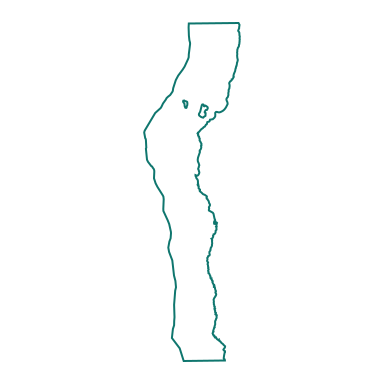 the district of Lago Niassa, Niassa, Mozambique
{"feature_id": "85939544B11916103118899", "entity_name": "Lago Niassa", "entity_type": "district", "adm_level": 2, "iso_a3": "MOZ", "parent_name": "Mozambique", "parent_adm1": "Niassa", "projection": "robinson", "projection_center": [34.718, -12.529], "detail": "fine", "context": "isolated", "style": "outline", "palette": "teal", "viewbox_px": 384, "rotation_deg": 0, "n_neighbors": 0, "source": "geoboundaries", "source_scale": "gbopen_adm2", "svg_char_len": 6032}
<svg xmlns="http://www.w3.org/2000/svg" viewBox="0 0 384 384"><path d="M215.6,292.7L215.4,292.4L215.5,291.9L215.9,291.6L215.8,290.6L215.4,290.1L215.0,288.5L215.0,287.9L214.6,287.2L214.6,286.8L214.2,286.6L213.9,286.7L213.9,285.9L214.3,285.9L214.4,285.4L214.2,284.9L213.5,284.6L213.3,283.9L212.7,282.9L212.4,282.1L212.7,281.7L212.7,281.1L212.0,280.5L212.1,280.2L211.6,279.4L211.5,278.5L211.0,278.7L210.4,277.9L210.5,276.5L210.4,276.1L210.0,275.8L209.7,274.6L209.2,273.6L208.5,273.3L208.4,272.8L208.6,272.0L208.2,271.2L208.1,270.5L208.5,269.9L208.6,269.4L208.2,268.6L208.1,268.1L208.4,267.8L208.2,267.2L208.2,266.6L208.0,266.3L208.0,265.2L207.6,264.4L207.7,263.6L208.1,262.5L207.9,262.1L207.3,261.5L207.1,260.6L207.4,259.8L207.5,259.0L207.3,258.5L207.3,257.8L208.0,256.9L208.1,256.2L209.4,255.5L209.7,254.9L209.7,254.4L209.4,253.4L209.4,251.9L210.4,250.5L210.4,249.4L210.6,249.2L210.7,248.1L211.7,246.4L212.0,245.3L211.9,244.7L212.2,243.7L212.0,240.8L212.2,240.1L211.8,239.5L212.0,238.9L211.8,238.7L212.2,238.6L213.2,236.7L213.2,236.4L213.0,235.7L213.5,234.9L213.6,234.3L214.4,234.2L215.2,233.2L215.6,232.1L215.6,230.8L216.5,229.7L216.4,227.5L216.2,227.0L216.5,227.0L216.7,226.6L216.3,224.9L216.6,224.5L216.6,224.0L217.0,222.9L216.4,222.3L215.7,222.2L215.5,222.6L215.4,223.7L215.2,223.8L214.9,223.7L214.9,223.9L214.3,223.9L214.0,223.0L214.1,222.3L214.4,222.5L214.6,222.3L214.4,221.2L214.6,221.0L215.1,220.9L215.2,220.3L214.9,219.3L214.6,219.0L213.5,213.8L212.8,212.7L208.9,210.5L208.9,209.3L209.2,208.4L208.9,207.2L209.9,205.5L210.0,204.9L209.7,203.9L209.3,203.5L208.6,201.0L207.6,199.6L207.6,199.3L206.7,198.6L206.5,197.7L206.8,197.3L206.9,196.6L206.7,196.2L204.7,194.8L203.1,194.2L201.5,192.6L199.8,191.2L199.6,190.0L199.6,189.8L200.0,189.9L200.0,189.6L198.6,188.2L198.7,186.5L198.3,186.1L197.6,184.8L197.9,183.8L197.9,184.4L198.3,184.7L197.9,182.7L198.0,182.2L197.8,180.3L197.4,179.4L196.4,178.2L196.0,176.7L195.5,175.9L195.5,175.1L196.9,175.7L197.3,175.7L198.0,175.3L198.7,174.4L199.3,172.8L199.3,172.1L198.9,171.2L198.8,170.4L198.2,169.1L198.2,168.5L198.8,167.2L198.8,166.6L199.3,165.2L198.6,163.0L197.9,161.5L197.7,159.8L198.0,157.7L199.9,152.1L199.9,151.6L199.6,151.1L199.8,150.3L200.6,149.5L201.1,148.2L201.3,147.1L201.0,145.9L201.4,145.5L201.5,145.2L201.3,144.7L201.5,143.9L201.0,142.9L200.6,142.4L200.5,141.8L199.6,140.5L199.7,138.6L199.4,138.4L199.1,136.8L198.7,136.6L198.8,136.3L198.1,135.5L198.0,134.9L198.2,134.7L198.2,133.9L197.6,133.5L197.9,133.0L197.9,132.7L199.0,131.9L201.2,129.3L203.0,128.0L203.6,127.2L204.9,126.5L205.9,124.7L206.6,124.4L206.9,124.0L207.3,122.1L209.3,121.5L209.7,120.9L210.0,119.7L212.8,119.2L214.5,117.6L215.2,116.4L215.3,114.6L215.2,112.9L215.8,112.1L216.2,111.9L217.3,112.0L218.2,112.3L219.8,112.3L221.3,111.7L222.9,110.8L224.3,109.6L225.4,108.2L226.1,107.1L227.6,104.1L227.6,103.4L227.4,102.2L226.6,100.4L226.4,99.1L226.9,98.0L227.7,97.2L228.4,95.0L228.3,93.1L228.7,91.4L228.6,90.3L228.8,89.4L229.3,88.6L229.6,86.3L229.6,85.1L229.2,83.3L229.3,82.8L230.1,81.5L231.2,80.7L231.7,80.1L231.7,79.4L232.2,79.3L232.7,78.8L233.4,77.5L233.5,76.8L233.7,76.7L233.4,76.1L233.9,73.9L235.1,71.1L235.5,68.8L235.7,68.2L235.9,68.0L235.9,67.5L236.2,66.2L236.5,66.0L236.9,63.9L237.0,62.7L237.3,62.1L237.8,60.0L237.3,57.8L237.1,55.5L237.3,54.1L237.1,52.2L237.3,51.6L237.3,49.8L237.7,48.7L237.9,47.8L238.5,47.0L239.0,45.9L238.9,45.0L239.3,44.2L239.5,42.6L239.4,42.1L239.6,41.7L239.6,40.0L239.8,39.2L239.5,38.2L239.8,36.8L239.7,36.0L239.5,35.7L239.3,32.6L238.9,31.8L238.4,31.3L238.2,30.6L239.2,28.0L239.1,27.3L239.4,25.9L239.5,24.8L238.5,23.0L188.8,23.5L188.6,27.5L188.9,35.7L189.4,40.3L190.0,42.5L190.1,43.9L188.8,54.3L188.7,57.2L188.2,58.8L184.6,66.6L182.6,69.7L178.2,75.6L175.8,80.1L173.2,88.2L172.8,90.9L172.4,91.8L170.2,95.0L167.9,96.8L166.5,98.2L165.8,99.6L163.0,103.5L161.5,106.7L160.7,108.0L155.2,113.0L144.9,130.3L144.5,131.2L144.2,132.6L145.2,138.1L145.6,138.7L145.9,139.9L146.3,147.7L145.9,148.6L147.0,159.7L148.0,161.8L151.2,166.0L152.2,166.6L152.6,167.5L153.7,168.9L154.2,170.2L154.3,171.6L154.0,178.3L155.6,183.3L157.4,186.8L162.8,195.4L163.4,196.6L163.7,199.3L163.3,208.8L163.4,211.0L167.7,220.3L169.2,224.1L170.9,231.8L171.0,233.2L170.6,238.3L169.4,241.5L168.3,247.6L169.1,252.0L172.3,260.4L174.0,275.5L175.4,280.9L176.0,287.3L175.2,290.6L174.1,304.8L174.5,317.2L174.2,321.0L174.1,325.3L172.9,329.0L171.9,338.0L179.7,348.3L183.7,361.0L224.9,360.5L224.7,359.4L223.8,358.6L223.7,358.3L224.1,355.4L224.7,352.4L225.0,352.2L225.0,351.2L223.7,350.3L223.4,349.5L224.9,347.5L225.1,346.3L223.5,344.8L222.9,344.0L221.4,342.9L220.5,341.6L219.8,341.3L219.6,340.7L219.1,340.7L218.8,340.3L218.8,339.7L218.3,340.0L217.6,339.6L217.5,339.4L217.0,339.1L216.1,338.0L216.2,337.6L216.0,337.3L215.4,337.4L215.0,336.8L214.7,337.0L214.3,335.7L213.7,335.7L213.4,334.9L213.0,334.6L212.8,333.4L212.6,333.2L213.1,332.1L213.1,331.8L213.5,331.6L213.2,330.9L214.0,328.3L214.2,328.1L214.2,327.6L214.7,327.2L214.5,326.5L215.2,324.3L215.1,321.7L215.4,320.5L215.8,320.0L216.0,319.0L216.6,317.9L216.6,317.0L216.5,316.6L216.8,315.5L216.8,315.2L215.6,314.6L215.3,314.2L215.5,313.7L215.9,313.4L216.0,313.0L215.9,312.7L215.1,312.1L215.1,310.3L214.6,309.7L214.8,309.1L214.6,308.8L214.9,308.6L214.6,308.3L214.8,307.1L214.8,306.8L214.3,306.5L214.2,305.0L213.8,304.2L213.9,303.6L213.7,302.4L213.9,301.9L213.6,299.5L214.4,297.8L215.0,297.0L215.4,296.1L215.8,295.8L216.2,294.5L216.1,293.8L215.6,293.1L215.6,292.7ZM207.7,108.4L207.1,109.7L206.9,109.9L205.7,110.1L204.9,111.4L204.7,112.0L204.7,112.4L204.9,112.7L205.5,112.9L205.6,113.3L205.5,115.4L205.4,115.9L203.9,116.8L203.3,117.6L202.4,117.5L200.8,116.8L199.2,115.5L198.9,114.7L199.0,113.8L200.2,111.7L201.8,105.2L202.3,104.5L203.0,104.4L203.5,104.7L204.0,106.2L204.3,106.3L205.1,105.6L205.5,105.6L207.4,106.9L207.8,108.0L207.7,108.4ZM187.3,105.1L186.8,106.2L186.6,107.5L186.3,107.9L185.9,107.9L185.3,107.7L184.7,106.2L184.4,103.6L183.3,102.2L183.1,101.5L183.3,100.7L184.2,100.5L185.1,101.1L186.6,101.5L187.2,102.0L187.4,103.3L187.3,105.1Z" fill="none" stroke="#0f766e" stroke-width="2"/></svg>